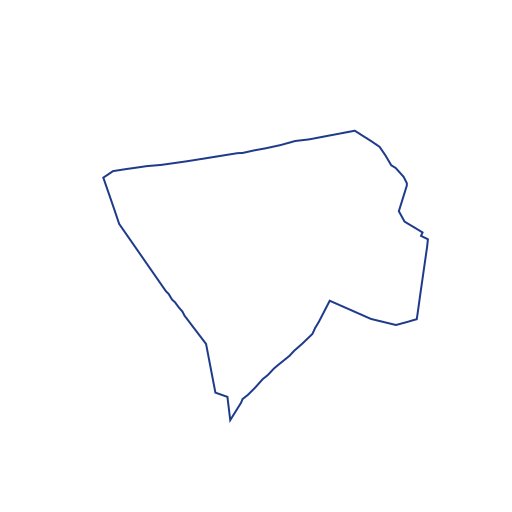 Aleg, Brakna, Mauritania (Equal Earth projection), rotated 298°
{"feature_id": "47542326B53604404291210", "entity_name": "Aleg", "entity_type": "district", "adm_level": 2, "iso_a3": "MRT", "parent_name": "Mauritania", "parent_adm1": "Brakna", "projection": "equal_earth", "projection_center": [-13.702, 17.041], "detail": "fine", "context": "isolated", "style": "outline", "palette": "blue", "viewbox_px": 512, "rotation_deg": 298, "n_neighbors": 0, "source": "geoboundaries", "source_scale": "gbopen_adm2", "svg_char_len": 991}
<svg xmlns="http://www.w3.org/2000/svg" viewBox="0 0 512 512"><g transform="rotate(298 256 256)"><path d="M413.0,284.4L383.8,248.0L376.0,236.7L365.2,225.3L355.4,213.7L348.4,204.8L340.6,195.7L338.2,191.5L306.3,149.3L291.9,129.5L284.1,117.4L277.2,108.0L272.0,100.8L263.8,89.9L253.5,84.4L230.7,108.9L220.1,120.1L182.6,193.0L181.5,196.7L178.1,202.3L177.1,206.3L176.0,208.5L174.3,212.1L172.4,217.1L169.7,221.0L168.5,223.7L165.6,229.9L154.9,253.2L116.3,284.3L118.2,296.9L99.0,310.3L119.5,311.7L123.4,311.3L129.5,314.0L134.6,315.6L140.4,317.3L150.4,319.7L156.4,322.3L165.2,324.7L171.1,327.1L183.5,332.4L190.3,334.2L199.7,337.8L213.7,342.4L220.3,342.0L227.4,342.4L251.1,342.1L254.4,387.1L260.8,412.0L268.4,420.1L275.7,427.6L282.7,425.1L300.5,418.6L344.9,402.6L351.5,399.9L351.2,392.3L355.0,392.0L356.1,371.0L362.6,361.1L389.0,356.1L391.1,355.0L395.2,349.2L399.3,338.0L399.6,332.8L405.4,323.4L410.4,313.9L411.5,303.9L412.3,293.1L413.0,284.4Z" fill="none" stroke="#1e3a8a" stroke-width="2"/></g></svg>